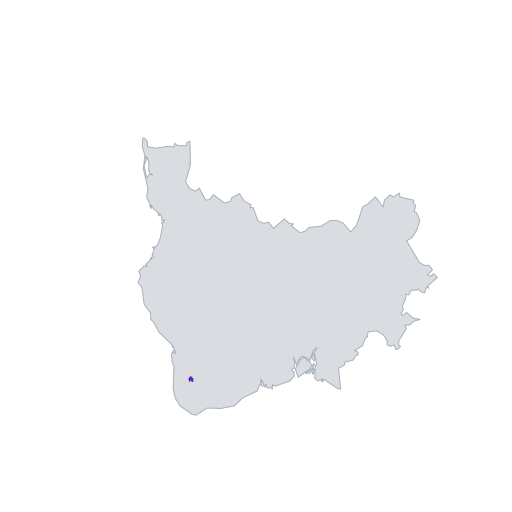 Tacaratu, Pernambuco, Brazil shown in context, rotated 139°
{"feature_id": "56859067B10052664253182", "entity_name": "Tacaratu", "entity_type": "district", "adm_level": 2, "iso_a3": "BRA", "parent_name": "Brazil", "parent_adm1": "Pernambuco", "projection": "mercator", "projection_center": [-38.018, -8.913], "detail": "fine", "context": "in_parent", "style": "filled", "palette": "violet", "viewbox_px": 512, "rotation_deg": 139, "n_neighbors": 0, "source": "geoboundaries", "source_scale": "gbopen_adm2", "svg_char_len": 4466}
<svg xmlns="http://www.w3.org/2000/svg" viewBox="0 0 512 512"><g transform="rotate(139 256 256)"><path d="M157.0,124.7L161.2,128.3L166.5,126.6L168.1,128.9L171.1,125.6L178.2,122.3L179.7,119.1L184.3,117.3L184.7,115.2L179.4,114.5L178.1,105.9L173.6,100.4L179.6,103.2L185.1,103.1L188.9,105.9L190.0,102.5L203.6,98.4L206.6,95.5L206.4,92.9L210.4,92.8L211.6,94.0L210.4,98.4L213.9,99.6L215.1,103.1L212.7,105.9L211.6,113.0L214.2,120.5L220.6,124.8L223.4,124.2L224.7,121.8L227.2,122.3L234.4,118.4L243.6,119.7L242.2,116.5L243.7,114.4L245.5,115.3L251.4,113.8L258.2,117.6L261.0,115.7L267.4,117.1L279.4,100.1L281.3,101.9L285.3,117.5L287.3,119.9L291.3,121.2L291.8,125.2L285.0,132.6L280.8,135.1L275.2,145.3L269.8,146.7L275.5,147.0L283.9,141.8L285.5,148.4L287.8,150.4L296.4,148.1L293.8,155.5L297.2,149.6L301.2,146.2L303.2,147.2L304.1,146.2L303.3,143.5L305.9,140.3L312.6,139.5L327.0,145.2L328.0,148.0L330.0,146.0L333.4,148.3L334.3,150.7L332.6,152.4L333.3,153.2L335.1,151.6L335.6,153.2L333.9,154.8L332.9,159.9L335.1,157.8L336.8,154.0L337.1,156.7L343.5,153.3L358.6,157.6L370.6,157.1L382.4,163.9L392.8,173.4L405.7,175.2L408.2,178.7L411.6,192.4L410.3,201.4L405.3,210.5L391.3,225.5L391.3,224.3L388.7,231.2L384.3,237.2L382.3,238.1L380.7,235.4L379.5,236.8L377.6,243.3L379.2,262.0L376.7,272.9L377.1,277.2L373.1,281.8L372.1,292.9L362.8,307.0L362.4,313.5L356.8,316.2L354.1,321.6L346.9,321.8L345.3,319.7L344.8,322.0L333.5,322.6L334.1,324.5L327.0,329.0L322.9,329.0L315.8,332.8L306.9,339.8L305.2,343.1L303.6,341.9L303.1,343.4L301.0,342.7L303.7,344.7L301.6,346.9L300.9,350.7L302.4,358.9L300.5,371.3L293.0,378.4L283.6,395.9L274.8,403.9L274.6,401.2L280.9,397.9L286.3,388.3L286.5,386.6L282.8,387.6L280.7,384.6L281.8,387.6L280.8,391.2L275.3,397.0L273.5,401.7L274.1,404.4L269.9,413.5L264.2,419.2L262.9,418.4L262.9,413.8L266.1,409.7L261.1,403.3L249.9,396.1L246.5,392.1L243.3,394.2L243.0,391.4L236.7,385.2L233.7,386.9L230.6,386.0L244.2,369.4L245.8,369.5L245.5,367.9L260.5,358.2L261.8,350.3L259.1,344.6L254.3,344.5L257.3,331.2L254.2,329.1L248.0,330.3L244.9,316.5L239.8,314.2L235.9,315.8L227.6,313.9L228.8,305.0L226.2,297.9L228.6,296.3L226.4,294.3L231.5,281.5L228.8,275.6L224.3,273.3L224.7,265.5L210.2,265.3L209.6,258.8L206.9,255.7L209.4,255.6L207.6,244.9L203.0,242.5L197.4,242.8L187.2,235.8L176.5,233.9L171.9,230.2L168.8,224.3L168.7,211.9L159.4,213.4L143.1,223.2L138.3,221.9L127.1,222.3L127.9,209.7L122.4,213.9L114.9,214.2L113.3,210.2L106.7,209.5L108.6,206.1L100.4,194.6L102.6,192.6L102.3,189.4L107.3,185.8L106.5,182.9L109.3,175.1L117.5,170.2L125.8,167.6L132.4,168.6L136.9,143.9L135.1,138.4L131.6,135.5L131.8,129.8L138.9,129.2L137.6,126.1L133.4,126.0L133.4,120.8L146.7,120.7L146.5,118.6L148.6,120.5L152.8,117.6L155.1,120.9L155.3,125.0L157.0,124.7ZM289.0,135.3L303.7,136.8L300.2,145.4L297.5,145.6L297.0,147.1L294.9,146.4L292.5,148.6L286.9,148.6L284.9,144.2L286.4,143.2L284.6,141.6L285.8,136.6L289.0,135.3ZM276.4,145.8L278.7,139.6L281.0,138.7L280.8,142.5L276.4,145.8ZM293.0,132.3L291.6,134.6L288.3,134.1L288.8,132.6L293.0,132.3ZM288.0,129.7L287.4,134.5L286.0,134.0L288.0,129.7ZM295.4,135.3L293.3,135.5L292.3,135.1L294.9,133.7L295.4,135.3ZM285.8,135.4L283.6,137.0L282.7,136.2L284.3,134.8L285.8,135.4ZM289.7,131.3L288.7,130.3L290.5,129.3L290.6,130.2L289.7,131.3ZM288.6,119.0L287.3,119.2L287.1,117.5L288.2,117.4L288.6,119.0ZM303.0,364.0L302.5,362.3L303.5,360.7L303.8,361.2L303.0,364.0ZM328.3,328.4L328.6,330.2L327.1,329.9L328.3,328.4ZM302.2,351.8L301.6,350.8L302.6,349.8L302.9,350.2L302.2,351.8ZM334.8,156.7L333.8,158.5L334.8,156.0L334.8,156.7ZM381.5,238.4L380.0,238.9L380.9,237.5L381.5,238.4ZM337.6,323.3L336.1,323.9L335.7,323.6L336.7,322.7L337.6,323.3ZM379.0,241.8L378.5,242.8L378.1,242.1L379.0,241.8ZM330.8,144.5L330.9,145.4L330.5,145.3L330.8,144.5Z" fill="#d9dde1" stroke="#a8b0b8" stroke-width="1"/><path d="M385.7,203.6L385.4,203.9L385.2,204.1L384.4,205.0L384.5,205.1L384.5,205.3L384.5,205.5L384.6,205.8L384.5,206.0L384.6,206.7L384.6,207.0L384.6,207.4L385.0,207.4L385.2,207.5L385.4,207.5L385.5,207.5L385.8,207.5L386.0,207.5L386.0,207.4L386.3,207.4L386.4,207.2L386.5,207.2L386.6,206.9L386.8,206.7L387.0,206.6L387.0,206.4L387.2,206.5L387.2,206.4L387.2,206.2L387.3,206.2L387.5,206.0L387.5,205.8L387.6,205.6L387.4,205.7L387.4,205.8L387.2,205.8L387.0,206.0L386.9,206.0L386.7,206.1L386.4,206.2L386.4,206.3L386.3,206.1L386.2,205.9L386.2,205.7L386.2,205.3L386.2,204.7L386.2,203.8L386.2,203.6L386.1,203.4L385.9,203.4L385.9,203.5L385.7,203.7L385.7,203.6Z" fill="#8b5cf6" stroke="#5b21b6" stroke-width="1.5"/></g></svg>